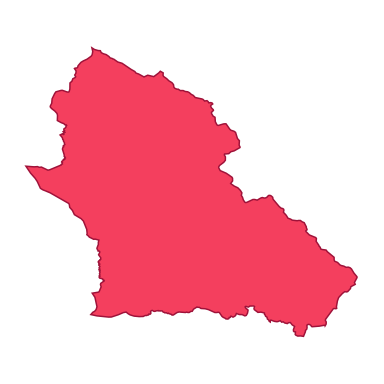 Mae Tha, Lampang, Thailand (Equal Earth projection), rotated 271°
{"feature_id": "78962969B93030636788506", "entity_name": "Mae Tha", "entity_type": "district", "adm_level": 2, "iso_a3": "THA", "parent_name": "Thailand", "parent_adm1": "Lampang", "projection": "equal_earth", "projection_center": [99.567, 18.089], "detail": "fine", "context": "isolated", "style": "filled", "palette": "rose", "viewbox_px": 384, "rotation_deg": 271, "n_neighbors": 0, "source": "geoboundaries", "source_scale": "gbopen_adm2", "svg_char_len": 5850}
<svg xmlns="http://www.w3.org/2000/svg" viewBox="0 0 384 384"><g transform="rotate(271 192 192)"><path d="M63.4,272.5L64.8,272.5L65.3,273.1L64.1,276.7L63.8,278.8L63.9,280.1L64.9,282.4L63.4,284.0L63.8,285.5L62.7,286.9L62.1,289.6L63.0,290.8L63.2,292.6L60.9,294.5L59.4,296.9L56.2,295.8L54.7,295.9L54.1,296.5L53.9,297.9L51.3,297.7L50.7,298.3L49.8,300.2L50.0,303.1L49.6,306.0L54.2,307.8L55.6,307.9L56.8,309.1L58.4,309.4L60.8,309.2L61.6,310.3L61.7,311.1L61.4,312.2L60.8,313.1L59.6,313.9L59.4,314.6L60.1,321.7L61.1,326.7L60.9,327.3L60.5,327.4L62.0,328.3L63.4,328.5L64.6,328.4L65.8,327.6L67.1,327.8L77.7,335.3L78.0,335.9L77.8,338.0L78.2,338.7L79.7,338.4L85.6,339.3L89.1,340.5L93.1,344.1L95.0,346.4L94.8,348.5L95.2,349.5L98.2,352.1L100.1,352.5L102.5,356.8L104.4,356.0L109.3,358.5L110.2,358.4L113.8,355.3L117.8,352.8L119.0,351.4L119.6,349.6L119.4,347.3L120.5,345.2L121.1,342.5L121.7,341.2L124.1,338.8L125.3,335.8L126.6,335.3L129.2,335.2L134.6,328.4L136.3,327.1L136.8,323.0L137.2,321.8L139.0,321.1L140.3,319.9L141.0,319.7L144.8,317.0L147.7,317.2L148.6,316.5L151.1,310.1L154.5,306.6L155.3,306.5L156.1,307.6L156.6,307.7L158.4,306.9L159.2,306.9L163.3,304.7L164.1,302.7L165.4,300.9L165.4,299.1L165.1,297.6L165.6,292.7L166.6,291.1L167.5,288.4L170.4,286.6L173.3,283.8L175.5,284.2L176.4,283.9L177.0,283.1L177.4,281.4L179.0,279.4L185.8,273.5L186.6,273.0L188.1,272.8L189.2,271.6L189.8,270.7L190.0,269.5L189.8,268.5L188.2,267.1L187.4,265.8L187.2,264.5L187.7,262.3L187.1,260.7L185.0,257.3L185.6,255.0L185.6,253.1L182.6,247.0L182.4,245.8L182.8,244.9L185.1,243.4L187.6,242.6L189.4,241.4L192.0,241.9L194.5,240.3L197.0,237.8L198.6,234.2L201.1,230.5L203.8,232.4L206.5,232.3L207.5,231.7L211.3,226.0L213.9,219.8L216.6,218.3L217.7,218.3L219.1,219.2L222.2,223.2L224.3,224.8L227.7,224.8L229.6,223.7L230.5,223.9L231.0,228.1L232.9,230.1L233.9,233.5L237.2,239.1L237.7,239.3L239.7,238.3L244.1,238.5L246.3,236.5L252.4,234.5L253.5,232.9L254.4,229.9L255.4,228.7L260.7,224.9L260.8,223.9L260.6,222.2L259.0,217.2L259.2,216.2L259.9,215.6L262.7,214.1L267.1,213.7L268.2,211.8L270.7,210.2L272.0,210.1L273.9,212.0L274.7,211.8L276.4,210.0L278.2,209.1L279.0,209.4L280.4,211.2L281.3,210.6L281.7,209.3L281.5,207.1L282.6,206.6L283.6,205.4L283.2,203.0L284.7,201.5L285.2,200.4L286.5,193.6L288.6,191.6L289.6,189.6L291.3,187.6L292.1,186.0L292.4,183.4L293.3,181.3L293.2,178.5L294.6,176.4L294.5,175.2L295.5,172.8L296.4,172.1L299.1,171.6L301.0,170.0L302.8,166.9L304.9,164.7L307.0,161.6L308.1,161.0L310.6,161.1L312.2,158.2L310.5,156.7L306.7,151.8L308.0,145.7L306.2,142.0L309.1,136.5L309.9,134.0L311.5,132.7L313.5,129.0L319.5,119.8L320.7,115.5L323.5,111.4L323.7,110.4L324.2,109.7L324.6,107.9L326.1,106.5L327.9,103.8L328.7,100.9L329.8,98.8L331.7,97.9L331.8,95.7L332.8,92.0L334.4,89.4L330.8,90.3L327.6,89.8L326.0,88.8L323.0,84.8L321.2,81.1L319.7,78.7L316.3,75.9L314.5,75.4L314.0,74.6L313.8,72.9L313.4,72.3L311.0,74.0L308.7,73.8L306.9,72.7L305.1,73.7L304.3,73.0L303.2,70.9L300.7,70.0L298.9,68.1L292.8,68.1L290.2,67.4L289.8,66.9L289.8,65.5L291.4,60.6L291.3,59.3L289.8,54.2L288.1,53.0L282.7,50.5L278.3,50.2L275.4,48.8L274.6,48.8L273.1,50.0L270.5,53.5L268.1,55.7L266.2,56.2L261.1,56.1L259.0,60.1L258.1,62.7L257.1,63.6L256.8,65.3L256.4,65.5L255.7,64.8L255.0,65.0L253.8,64.2L253.2,63.1L252.7,62.8L251.8,62.8L251.1,63.5L250.1,62.1L249.7,62.7L249.8,63.6L249.4,63.9L248.5,62.5L247.3,62.8L247.2,62.2L247.9,61.3L246.7,59.1L244.1,61.4L242.2,61.9L241.7,62.5L240.6,62.6L239.0,63.6L238.0,63.6L237.2,64.0L236.0,62.6L235.6,62.9L235.3,62.5L234.7,62.7L234.4,62.2L232.7,61.7L226.8,63.6L225.3,63.6L224.6,64.5L223.9,64.2L223.7,64.6L222.7,63.5L222.5,64.0L221.9,63.3L221.8,62.6L220.9,62.2L220.4,61.4L219.7,61.1L219.0,61.9L218.6,61.6L217.8,61.9L217.2,60.7L216.7,60.7L211.8,49.5L211.3,47.6L214.3,41.0L214.0,38.8L214.7,37.1L214.4,33.8L214.9,25.5L208.0,30.3L203.0,34.9L199.8,37.1L193.0,40.4L191.6,42.8L188.8,50.0L178.5,68.8L177.5,69.5L174.5,70.0L171.4,72.8L167.3,74.8L163.4,81.6L161.1,83.9L152.8,87.4L148.7,87.9L147.5,87.6L146.1,89.3L145.1,90.1L143.0,94.5L143.2,96.0L142.3,99.7L139.8,99.2L138.0,99.3L134.1,97.9L132.4,98.6L131.9,99.2L131.3,99.2L131.3,100.1L130.9,100.7L130.0,100.8L127.6,99.7L124.6,101.9L123.1,101.9L122.6,101.0L121.9,101.0L121.5,100.0L120.4,99.4L119.4,100.3L118.7,100.1L118.3,100.9L117.8,100.2L117.2,100.1L116.8,100.7L115.7,101.2L114.9,100.5L113.5,101.1L113.1,100.3L112.4,100.6L112.2,101.3L111.6,101.5L111.3,101.4L111.2,100.9L109.7,101.4L108.7,100.9L107.4,101.4L106.8,100.8L106.0,101.3L105.7,100.7L105.0,100.7L104.3,101.2L103.5,104.2L102.8,104.4L102.2,105.5L101.8,105.1L101.4,105.5L99.0,102.3L97.7,102.1L95.6,102.8L90.7,100.9L90.2,100.0L89.1,94.0L85.0,96.8L75.6,99.0L72.8,98.2L71.0,96.7L70.0,94.9L67.7,93.0L66.5,99.0L65.5,110.7L65.6,113.6L68.0,120.5L70.2,125.4L70.8,128.2L69.1,130.4L68.0,132.4L66.9,136.3L66.5,141.4L66.7,145.5L67.5,146.8L67.8,148.1L67.7,148.9L68.1,149.5L68.3,150.7L69.3,151.1L69.1,152.1L69.3,152.6L70.1,153.0L71.9,152.7L72.7,153.5L72.9,154.5L72.1,155.8L72.0,157.0L72.6,158.5L72.6,159.4L72.9,160.2L72.5,160.8L72.7,161.3L72.4,162.2L72.7,162.8L72.5,164.3L71.4,165.3L71.1,166.5L70.7,166.9L70.8,168.5L70.1,169.7L70.4,170.7L70.0,171.0L69.2,173.7L68.6,174.1L68.7,175.5L71.2,179.1L71.8,181.1L71.4,187.5L71.8,188.8L71.4,190.2L71.6,191.6L72.6,192.8L72.7,194.3L74.9,195.6L77.1,199.0L76.8,199.8L76.8,201.3L75.7,203.0L75.5,207.2L74.7,210.5L71.9,217.0L71.9,218.9L72.2,220.1L72.1,221.0L71.8,221.6L68.2,224.1L67.2,225.4L66.4,227.3L65.7,228.1L65.6,230.1L66.1,231.1L67.2,231.4L67.3,232.4L68.5,233.0L68.4,233.6L67.6,235.2L68.6,237.0L69.4,237.8L71.3,238.5L70.3,241.4L70.3,244.3L69.1,246.9L69.3,247.9L69.7,248.5L71.8,249.6L74.6,250.1L75.4,249.8L76.5,248.0L78.0,247.1L78.6,247.9L77.9,250.3L79.0,252.0L79.1,255.7L78.6,256.5L76.5,256.0L75.5,256.3L72.8,260.0L73.1,263.0L72.3,266.5L71.0,266.6L70.1,267.4L69.1,267.7L68.1,269.2L66.3,269.6L65.4,270.9L64.0,271.5L63.4,272.5Z" fill="#f43f5e" stroke="#9f1239" stroke-width="1.5"/></g></svg>